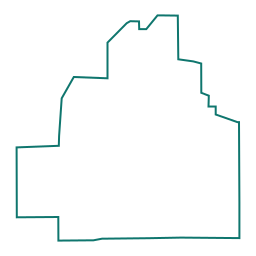 outline of Bibb, Alabama, United States of America
{"feature_id": "52423323B3928006362996", "entity_name": "Bibb", "entity_type": "district", "adm_level": 2, "iso_a3": "USA", "parent_name": "United States of America", "parent_adm1": "Alabama", "projection": "equal_earth", "projection_center": [-87.112, 33.039], "detail": "fine", "context": "isolated", "style": "outline", "palette": "teal", "viewbox_px": 256, "rotation_deg": 0, "n_neighbors": 0, "source": "geoboundaries", "source_scale": "gbopen_adm2", "svg_char_len": 532}
<svg xmlns="http://www.w3.org/2000/svg" viewBox="0 0 256 256"><path d="M16.6,147.4L16.8,217.3L58.3,217.0L58.4,240.6L93.5,240.3L102.0,238.7L148.7,238.2L181.0,237.6L239.4,238.1L239.4,231.8L239.4,202.4L239.0,122.1L237.3,122.1L215.7,114.5L215.7,106.5L208.5,106.5L208.8,95.7L201.3,92.8L201.2,63.5L193.3,61.4L178.3,59.3L177.8,15.6L161.9,15.4L157.5,15.4L146.3,29.1L139.2,29.1L139.0,21.4L130.2,21.2L126.7,23.2L107.5,42.6L107.5,78.3L73.8,77.0L61.7,98.3L59.1,135.9L58.8,145.8L16.6,147.4Z" fill="none" stroke="#0f766e" stroke-width="2"/></svg>